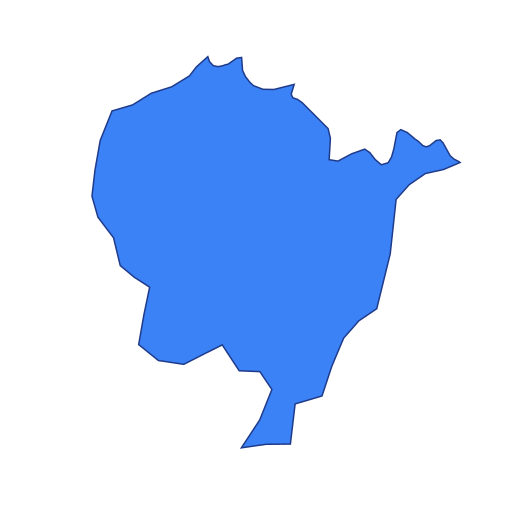 SVG path tracing the border of Kürdəmir, rotated 193°
{"feature_id": "AZE-1706", "entity_name": "Kürdəmir", "entity_type": "District", "adm_level": 1, "iso_a3": "AZE", "parent_name": "Azerbaijan", "parent_adm1": "", "projection": "equal_earth", "projection_center": [48.132, 40.282], "detail": "fine", "context": "isolated", "style": "filled", "palette": "blue", "viewbox_px": 512, "rotation_deg": 193, "n_neighbors": 0, "source": "natural_earth", "source_scale": "10m", "svg_char_len": 1205}
<svg xmlns="http://www.w3.org/2000/svg" viewBox="0 0 512 512"><g transform="rotate(193 256 256)"><path d="M418.7,258.2L429.3,277.4L432.2,303.3L433.8,333.5L428.9,365.0L410.2,375.5L394.7,391.0L376.2,401.9L361.3,416.6L356.6,426.9L347.8,439.4L345.0,434.9L340.3,431.8L335.5,432.0L331.6,433.7L328.6,435.6L326.5,436.5L319.4,444.4L314.7,446.2L310.8,433.7L306.5,428.3L301.2,424.0L296.8,421.4L286.7,420.0L276.0,422.3L257.4,431.8L258.1,421.5L255.6,418.4L250.9,418.0L245.5,415.8L214.4,396.3L210.0,387.5L206.4,366.3L197.5,366.9L185.8,377.1L174.1,384.6L168.3,382.3L161.4,376.7L154.4,373.1L148.2,376.6L146.2,383.0L145.8,391.5L146.4,408.0L143.3,411.7L136.3,410.3L126.7,405.4L124.1,404.5L118.3,401.1L114.8,400.6L111.6,402.6L106.4,409.1L102.6,410.6L99.0,408.1L89.4,397.4L85.0,395.0L79.2,393.5L78.2,393.0L92.7,382.5L109.6,374.4L122.8,359.9L132.2,342.7L125.7,288.3L126.5,231.8L141.1,216.1L152.1,195.8L157.3,165.9L160.2,134.5L184.6,120.7L180.2,80.5L203.9,74.8L227.1,65.8L215.5,97.1L210.5,129.5L226.2,144.2L246.5,140.4L256.4,149.8L268.9,161.8L285.0,148.5L302.0,134.2L327.6,132.2L350.4,143.3L352.0,173.4L352.6,201.7L369.8,207.9L386.1,216.1L398.9,241.7L418.7,258.2Z" fill="#3b82f6" stroke="#1e3a8a" stroke-width="1.5"/></g></svg>